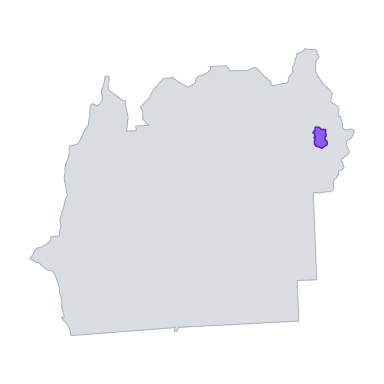 Zalingi, Central Darfur, Sudan shown in context, rotated 178°
{"feature_id": "16777658B14482741827107", "entity_name": "Zalingi", "entity_type": "district", "adm_level": 2, "iso_a3": "SDN", "parent_name": "Sudan", "parent_adm1": "Central Darfur", "projection": "albers", "projection_center": [23.544, 13.041], "detail": "fine", "context": "in_parent", "style": "filled", "palette": "violet", "viewbox_px": 384, "rotation_deg": 178, "n_neighbors": 0, "source": "geoboundaries", "source_scale": "gbopen_adm2", "svg_char_len": 5374}
<svg xmlns="http://www.w3.org/2000/svg" viewBox="0 0 384 384"><g transform="rotate(178 192 192)"><path d="M275.0,310.7L271.3,310.8L270.8,309.9L270.8,307.5L271.1,305.6L272.4,302.6L272.0,301.0L272.1,298.7L271.0,296.1L261.7,288.9L259.8,286.9L254.9,285.2L255.7,283.0L253.1,267.7L254.0,265.8L254.2,263.1L254.1,260.8L255.1,256.8L255.1,255.1L245.6,255.3L245.5,257.0L246.0,258.9L246.1,259.7L232.8,260.2L238.3,266.1L238.6,268.7L238.5,272.0L238.6,274.1L238.9,275.5L240.5,278.2L240.4,278.7L240.1,279.4L230.9,287.8L229.4,291.6L228.2,293.6L225.6,296.9L217.2,305.8L215.8,306.5L209.2,306.9L208.5,307.2L208.0,307.6L207.7,307.5L201.9,302.6L192.3,296.8L186.1,300.1L184.4,301.3L184.4,304.2L183.5,305.7L181.8,307.4L177.2,308.5L174.8,309.5L171.9,311.2L169.2,314.0L169.0,315.5L169.3,316.7L153.2,317.0L152.1,316.0L149.7,311.5L148.1,311.8L133.4,311.5L131.3,312.0L127.2,313.9L125.1,314.2L122.9,313.4L115.1,304.5L113.4,303.4L111.6,301.3L110.0,300.4L109.4,299.7L109.2,298.8L109.3,296.8L108.7,295.6L107.5,295.3L97.2,297.4L95.7,297.2L93.5,297.6L92.8,298.0L91.9,299.2L91.8,301.6L91.5,302.9L90.7,304.2L87.8,307.3L87.2,308.6L87.3,312.0L87.1,313.7L86.7,314.5L85.4,315.8L84.9,316.5L84.4,320.8L82.8,323.4L82.5,324.3L82.4,326.2L82.1,326.8L77.4,328.3L75.7,329.2L74.6,330.7L74.3,331.3L72.3,330.8L69.8,330.4L64.8,330.0L62.9,329.3L62.0,328.3L62.3,325.7L61.8,325.1L61.0,324.6L60.4,323.5L60.6,322.2L63.1,319.2L63.7,317.5L64.4,310.0L64.2,307.7L62.1,303.5L57.4,296.1L56.3,294.7L50.4,288.7L49.8,287.8L48.3,285.3L49.9,279.7L50.0,278.2L49.6,276.6L48.2,275.4L46.8,275.2L45.1,273.7L44.0,273.1L43.0,271.7L42.3,269.9L42.8,263.3L42.5,262.5L41.0,262.2L40.7,261.8L40.7,260.5L39.9,256.8L39.0,253.7L39.5,252.0L38.3,249.6L35.9,248.6L31.3,249.3L29.8,249.2L28.8,248.8L28.2,247.9L27.8,246.9L28.1,245.4L29.5,242.6L31.1,240.3L34.5,238.2L35.4,237.1L35.9,235.9L36.0,234.5L35.8,233.0L35.4,231.6L34.4,229.8L33.5,227.7L33.5,226.3L34.0,225.3L34.9,224.0L38.2,221.6L41.6,219.6L42.1,218.9L41.9,218.1L40.4,216.4L39.9,213.2L39.1,211.0L40.8,209.3L42.1,208.7L44.0,208.2L44.8,207.5L45.0,206.1L45.0,204.8L45.7,203.9L46.7,201.8L47.4,200.9L50.0,198.5L50.6,196.9L50.7,195.4L50.1,190.9L51.5,189.0L53.4,187.4L56.2,187.6L60.4,187.2L63.3,186.6L65.3,186.6L70.0,187.4L70.5,187.1L70.8,185.9L70.5,99.9L89.7,99.9L89.9,99.7L89.7,59.3L209.4,57.2L210.3,57.0L212.1,53.2L212.9,52.9L214.1,53.1L214.6,54.0L213.7,57.1L318.0,52.7L318.5,57.3L319.6,60.9L322.8,66.0L325.5,68.7L326.4,70.2L326.6,71.0L326.5,71.6L325.7,70.9L324.4,70.4L324.3,72.9L325.2,77.9L326.5,81.4L325.9,84.8L326.3,90.3L328.0,96.9L327.9,101.2L330.7,111.0L333.1,116.4L334.3,117.7L335.7,118.4L338.3,118.7L342.2,121.3L345.3,124.1L346.4,125.6L348.0,127.2L348.9,126.9L349.5,126.4L350.6,127.7L355.4,130.4L356.2,131.7L354.6,133.2L352.8,135.6L351.9,137.8L351.5,138.6L350.0,140.0L349.8,140.7L349.1,141.1L348.4,141.2L346.8,142.0L345.3,141.9L343.9,142.4L343.4,142.9L342.3,143.4L340.7,143.8L338.3,145.8L336.3,146.8L335.6,147.5L334.6,151.3L333.9,152.3L330.7,152.5L329.2,152.9L327.0,152.6L326.0,152.7L325.8,153.5L325.6,156.7L325.7,158.0L324.1,161.7L325.0,168.4L323.5,173.5L323.3,174.7L321.8,178.7L321.0,180.3L319.1,187.8L318.4,190.1L316.6,192.7L319.4,210.4L318.1,216.0L318.3,219.0L317.4,223.5L316.7,225.5L315.3,228.1L314.3,230.9L313.4,234.6L313.1,241.5L312.7,242.1L307.1,243.3L305.3,243.8L304.1,244.6L302.7,246.5L300.0,251.5L298.6,254.5L296.4,258.7L293.7,261.7L293.2,263.1L292.9,265.7L292.0,269.9L291.2,272.8L291.5,275.2L290.8,279.3L291.0,281.3L290.1,282.4L288.8,283.5L287.9,283.8L283.8,281.3L281.0,283.3L279.4,286.0L278.1,288.7L279.1,294.3L279.1,295.6L278.8,296.9L276.3,302.6L275.7,305.2L275.0,309.6L275.0,310.7Z" fill="#d9dde1" stroke="#a8b0b8" stroke-width="1"/><path d="M56.2,249.3L56.4,249.8L56.5,249.8L56.8,249.8L57.3,249.7L57.9,249.6L58.1,249.9L58.3,250.0L58.8,250.0L59.8,249.8L60.5,250.0L61.2,250.6L62.2,251.8L62.8,252.2L63.5,252.4L64.3,252.4L65.2,252.5L66.3,252.5L66.6,252.5L66.7,252.4L66.7,251.7L66.7,250.9L66.7,250.7L66.8,250.5L66.8,250.2L66.9,249.7L66.9,249.3L66.9,249.2L67.0,249.0L67.2,248.9L68.0,248.6L68.3,248.5L68.3,248.3L68.3,247.9L68.3,247.5L68.8,247.1L69.0,246.9L68.9,246.8L68.9,246.7L68.6,246.7L68.2,246.7L67.9,246.8L67.5,245.2L67.4,245.2L67.2,244.6L67.3,244.6L67.0,243.7L66.9,243.4L67.1,243.3L67.3,243.1L67.2,243.1L66.9,243.0L67.0,242.8L67.1,242.7L67.7,241.9L68.0,241.6L67.4,241.2L67.1,240.7L67.1,240.2L67.8,239.1L67.9,238.7L67.9,238.1L67.9,236.8L67.9,236.3L67.9,235.2L67.7,235.0L67.3,234.9L67.2,234.9L66.8,234.7L66.7,234.4L66.6,233.8L66.6,233.6L66.4,233.5L66.2,233.5L66.0,233.3L65.5,233.1L65.3,233.1L65.0,233.0L64.8,233.0L64.6,233.0L64.4,232.9L64.2,232.8L63.8,232.7L63.6,232.6L63.4,232.5L63.3,232.4L63.1,232.3L62.9,232.2L62.6,232.1L62.4,232.0L62.2,232.0L62.0,231.8L61.8,231.7L61.7,231.6L61.4,231.5L61.3,231.4L61.2,231.3L60.8,231.3L60.7,231.4L60.2,231.4L60.0,231.5L59.2,232.5L58.8,232.5L58.6,232.6L58.4,232.8L58.0,233.0L57.7,233.1L57.3,233.4L56.8,233.7L56.5,233.9L56.2,234.0L55.9,234.0L55.7,234.0L55.7,233.9L55.7,234.0L55.6,234.3L55.4,234.5L55.2,234.9L55.2,235.1L55.1,236.3L55.0,236.7L55.1,237.3L55.4,238.0L55.6,238.1L55.8,238.4L56.2,238.8L56.5,238.9L56.7,239.2L57.0,239.9L57.3,240.5L57.5,241.1L57.1,241.7L56.7,242.5L56.4,242.8L56.0,243.2L55.9,243.7L55.8,244.1L55.9,244.5L56.2,245.2L56.4,245.6L56.5,245.6L56.7,246.0L56.8,246.2L56.7,246.4L56.5,246.7L56.3,247.2L56.2,247.4L56.2,247.7L56.3,248.3L56.3,248.6L56.2,248.9L56.2,249.3L56.2,249.3Z" fill="#8b5cf6" stroke="#5b21b6" stroke-width="1.5"/></g></svg>